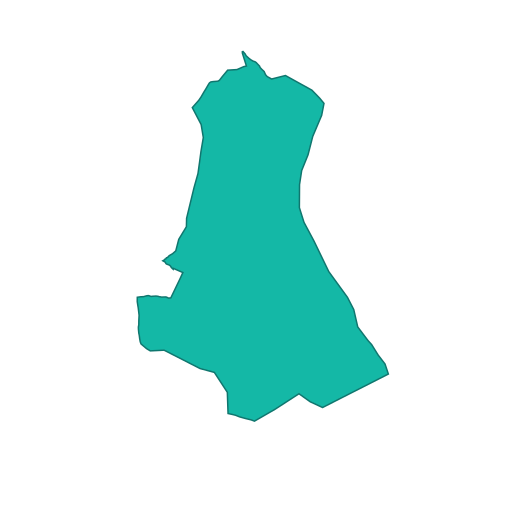 the district of Oguta, Imo, Nigeria, rotated 234°
{"feature_id": "59680162B16893313163973", "entity_name": "Oguta", "entity_type": "district", "adm_level": 2, "iso_a3": "NGA", "parent_name": "Nigeria", "parent_adm1": "Imo", "projection": "mercator", "projection_center": [6.853, 5.658], "detail": "fine", "context": "isolated", "style": "filled", "palette": "teal", "viewbox_px": 512, "rotation_deg": 234, "n_neighbors": 0, "source": "geoboundaries", "source_scale": "gbopen_adm2", "svg_char_len": 2015}
<svg xmlns="http://www.w3.org/2000/svg" viewBox="0 0 512 512"><g transform="rotate(234 256 256)"><path d="M429.1,365.7L429.3,365.0L428.1,364.2L415.3,359.9L416.4,357.4L418.0,350.2L423.0,342.3L420.9,334.0L419.7,329.9L419.7,328.4L420.2,327.3L422.4,323.7L423.4,321.7L423.4,320.1L422.8,318.5L420.5,313.3L419.3,310.3L416.9,304.9L415.6,301.2L413.5,291.7L394.6,288.9L382.8,283.0L373.0,273.0L364.9,265.3L356.8,257.5L347.7,246.0L327.3,222.0L320.6,216.9L314.9,203.3L307.3,194.1L306.9,189.9L307.3,186.0L307.1,184.8L306.8,183.7L307.2,182.4L306.7,181.6L307.0,180.5L306.7,179.9L306.9,177.8L304.5,178.9L302.7,178.7L301.9,179.0L299.8,180.4L298.7,180.8L297.6,180.9L296.6,180.7L293.9,181.2L294.5,181.9L285.6,187.1L282.6,181.8L272.2,162.5L272.4,162.1L273.0,161.1L273.3,160.5L273.9,160.2L274.5,159.9L274.7,159.6L275.1,159.6L275.5,159.3L275.9,158.9L276.4,158.2L277.4,156.8L278.1,155.6L279.0,154.8L279.9,153.8L280.8,153.2L281.6,152.4L282.4,151.5L284.2,148.7L284.8,147.6L285.4,147.0L286.0,146.6L286.6,146.2L287.1,145.8L287.4,145.4L287.9,144.5L288.3,143.6L288.8,142.2L289.3,140.9L290.1,139.8L290.8,138.7L292.4,135.7L288.9,133.1L285.6,131.4L283.2,130.2L279.1,127.9L276.8,126.6L272.7,123.3L269.2,120.7L267.7,119.1L265.8,117.8L262.6,115.9L260.4,114.9L257.5,113.3L254.6,111.9L252.4,111.3L245.4,113.0L241.4,114.7L233.8,126.3L197.8,144.6L186.3,153.9L162.6,152.7L145.0,140.8L141.4,144.0L139.1,145.9L135.6,148.1L130.8,151.9L126.2,155.8L123.3,157.7L120.8,181.4L119.3,209.8L106.1,214.2L94.3,220.8L91.0,241.7L82.7,293.7L92.8,296.9L104.1,296.6L116.4,297.5L121.8,296.9L138.8,296.6L155.2,303.6L168.8,305.7L200.6,305.7L234.0,311.7L255.0,314.6L269.6,319.5L288.2,333.2L298.3,343.2L307.3,357.6L319.4,372.2L331.2,391.8L339.5,400.7L346.2,400.3L357.3,398.7L384.7,385.9L390.0,372.7L394.4,370.6L395.4,370.4L397.2,370.3L400.4,371.0L401.1,370.9L403.7,370.4L406.2,370.1L407.4,370.5L411.2,370.0L412.3,369.9L413.7,369.4L415.4,368.2L417.4,367.3L419.9,366.5L423.9,365.7L425.8,366.0L427.9,365.8L429.1,365.7Z" fill="#14b8a6" stroke="#0f766e" stroke-width="1.5"/></g></svg>